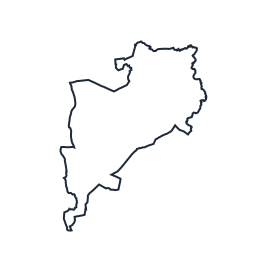 Matkules pag., Kandavas, Latvia, rotated 340°
{"feature_id": "27541924B52205717280809", "entity_name": "Matkules pag.", "entity_type": "district", "adm_level": 2, "iso_a3": "LVA", "parent_name": "Latvia", "parent_adm1": "Kandavas", "projection": "mercator", "projection_center": [22.582, 56.979], "detail": "fine", "context": "isolated", "style": "outline", "palette": "slate", "viewbox_px": 256, "rotation_deg": 340, "n_neighbors": 0, "source": "geoboundaries", "source_scale": "gbopen_adm2", "svg_char_len": 5587}
<svg xmlns="http://www.w3.org/2000/svg" viewBox="0 0 256 256"><g transform="rotate(340 128 128)"><path d="M197.6,68.1L194.1,67.9L192.4,67.2L191.7,66.8L190.5,66.5L189.2,65.9L184.2,64.4L182.6,64.2L181.5,64.5L180.8,64.9L180.1,65.0L178.5,64.5L177.9,63.7L177.5,62.6L176.6,61.8L175.5,61.2L175.3,60.8L175.2,60.4L175.3,60.2L175.7,60.0L176.7,59.9L176.9,59.7L176.5,58.6L174.4,57.3L173.0,55.7L172.8,55.4L172.4,54.1L172.2,53.8L170.6,52.9L170.2,51.4L169.7,51.1L169.1,51.3L166.2,51.1L163.7,52.3L163.4,52.4L163.0,52.2L162.8,52.7L163.3,53.4L162.7,53.8L161.8,55.0L158.2,60.1L157.1,61.9L151.9,62.3L151.9,62.2L151.0,62.2L148.1,62.7L148.0,61.1L143.6,60.2L139.5,59.2L139.3,59.8L138.1,63.7L138.7,64.2L138.0,65.0L137.4,67.0L137.4,67.8L138.7,70.5L139.0,70.6L141.1,70.4L143.3,70.6L145.8,67.4L147.5,67.3L148.5,67.5L149.1,69.7L150.4,69.7L150.3,72.0L151.6,72.6L151.1,74.6L149.0,75.0L148.9,76.3L147.7,77.7L145.9,79.3L145.0,81.4L144.9,83.1L145.3,84.4L141.7,87.2L135.2,87.9L133.1,88.0L129.4,88.6L128.3,88.8L127.3,88.8L125.0,86.7L119.3,81.0L117.5,79.6L112.3,74.2L107.2,69.3L95.5,66.4L95.4,66.5L91.5,66.3L88.9,65.6L88.9,67.1L89.2,68.9L88.6,71.7L88.3,72.8L88.6,75.2L88.3,81.0L87.3,85.9L86.9,86.9L86.2,88.5L85.1,89.9L81.9,91.7L80.9,92.6L80.1,93.6L79.6,94.6L76.7,98.6L75.6,101.0L74.0,103.9L72.8,106.6L72.9,107.3L73.7,108.3L73.7,110.7L73.6,111.4L72.1,114.8L71.5,116.5L70.6,121.0L70.5,123.0L70.9,125.8L70.8,127.8L69.8,126.9L66.7,126.1L63.3,124.9L61.0,123.8L58.8,123.1L57.4,125.0L56.6,126.9L56.6,129.7L57.2,131.3L58.1,135.2L57.5,137.0L56.5,143.0L55.4,147.9L55.1,147.8L54.2,150.1L53.9,151.8L52.7,152.8L50.7,153.0L51.4,154.7L51.5,155.2L51.3,156.8L50.7,158.4L50.0,161.7L50.0,164.2L49.5,166.5L49.6,167.8L49.9,168.6L50.1,168.8L50.7,169.1L51.6,169.2L52.2,169.7L53.4,171.7L54.3,171.7L54.9,172.0L55.1,173.0L54.8,173.7L54.8,174.0L55.2,176.8L55.3,176.8L55.1,177.5L54.8,179.8L54.7,180.4L53.9,181.2L53.8,181.7L53.3,182.3L52.8,183.2L52.3,184.8L50.7,184.9L50.4,185.6L49.2,186.3L47.6,185.2L46.0,184.8L45.3,183.8L44.4,184.6L42.6,185.4L39.3,185.5L36.7,191.2L36.7,191.6L36.6,196.7L36.7,200.6L36.1,202.3L36.1,202.6L36.5,203.5L38.2,204.5L39.9,204.9L39.6,200.6L42.0,200.3L44.8,198.7L46.6,196.7L47.4,193.2L55.2,194.5L57.4,194.8L60.0,190.5L60.3,189.6L60.8,190.0L61.7,186.2L62.1,185.1L64.5,183.9L66.3,180.1L66.9,178.4L67.4,177.6L69.6,176.1L72.9,175.0L81.5,171.2L86.4,177.0L86.5,176.9L89.5,178.0L90.6,180.0L93.4,181.1L94.7,182.0L97.9,182.6L101.8,176.4L103.6,173.2L103.5,172.9L100.8,170.2L96.5,166.2L103.5,165.2L109.0,162.3L122.6,154.1L126.6,152.2L126.8,152.3L128.4,151.7L129.0,150.9L129.2,151.0L129.5,150.8L130.8,150.9L131.5,150.7L133.5,151.3L135.2,151.2L136.6,151.8L141.6,151.5L146.5,151.7L150.1,148.1L151.5,148.0L154.2,147.4L159.1,146.7L162.6,146.7L167.5,145.8L168.8,145.0L173.2,141.6L173.9,143.5L175.8,147.4L176.2,147.9L177.6,148.8L179.6,150.7L181.2,153.2L182.2,154.6L183.9,153.3L184.9,152.8L186.5,152.3L186.6,152.0L186.4,151.3L186.5,151.0L186.7,150.7L186.9,150.5L186.9,150.2L187.2,150.0L187.4,149.3L187.8,149.3L188.1,149.1L188.2,148.7L187.9,148.0L186.9,146.9L185.9,146.1L185.2,144.8L184.8,144.2L184.6,143.8L184.8,143.4L184.6,142.6L185.1,141.8L185.4,141.6L185.9,141.9L186.8,140.7L186.7,140.0L186.9,139.6L187.8,139.2L190.2,139.5L190.6,139.4L191.4,139.6L191.5,139.2L191.9,138.7L192.4,138.7L192.8,138.4L193.5,137.0L193.6,136.6L193.7,136.4L194.7,136.2L195.2,136.0L196.3,136.9L196.6,136.9L196.9,137.2L196.9,137.3L198.0,137.4L199.1,137.2L200.7,135.8L201.0,135.4L201.3,135.3L201.9,134.7L202.4,134.5L202.9,133.7L203.0,133.5L203.3,132.9L203.8,131.7L204.3,131.4L204.6,131.4L204.9,131.2L205.0,130.9L205.1,130.5L205.0,129.8L205.1,129.5L205.9,129.1L205.9,128.9L205.4,127.6L205.4,127.2L205.5,127.1L205.8,127.0L206.4,127.2L207.1,127.2L208.2,127.6L208.7,127.9L208.7,128.1L208.4,128.3L208.5,128.6L208.8,128.5L209.3,128.6L209.5,128.7L211.0,127.8L211.4,127.0L211.4,126.7L212.0,126.3L212.0,126.0L211.5,125.7L211.6,125.2L212.4,125.0L212.5,124.8L212.4,123.8L212.4,122.8L212.2,122.5L212.3,121.8L212.6,121.5L212.8,121.0L212.0,118.0L211.1,116.7L210.5,116.5L210.7,115.5L210.9,114.8L211.6,114.2L211.6,113.9L211.5,112.8L211.7,111.9L211.7,111.7L212.4,111.0L212.5,110.8L211.8,110.1L212.1,109.4L212.1,108.9L212.4,108.4L212.4,108.2L212.0,107.8L212.0,107.6L212.0,107.2L212.2,106.8L212.0,106.4L211.7,106.2L209.7,105.9L208.4,105.4L207.8,104.9L207.1,104.0L206.9,103.2L206.9,102.7L207.1,101.9L208.1,100.6L209.6,99.6L210.2,99.3L210.5,98.6L210.5,98.0L210.9,97.2L210.9,96.7L210.7,96.5L210.8,95.9L210.7,95.5L210.6,95.2L210.1,94.9L209.3,95.0L209.1,94.9L208.8,94.3L208.2,93.7L208.2,93.4L209.1,92.2L210.5,91.1L210.6,90.7L210.5,90.3L210.4,89.7L210.4,89.4L210.6,89.2L211.2,88.9L211.6,88.9L212.1,89.3L212.5,89.3L213.0,88.6L213.4,88.2L214.0,88.2L214.5,88.0L214.8,87.3L214.9,86.2L214.1,83.6L213.5,82.6L213.5,82.0L214.3,81.6L215.5,81.5L216.3,80.7L218.5,79.2L219.5,77.9L219.9,76.8L219.9,76.1L218.7,75.6L217.9,74.9L217.8,74.6L217.5,74.4L216.4,74.5L216.1,74.0L216.1,73.7L215.7,73.2L215.8,72.6L215.7,72.1L215.6,71.9L215.2,71.7L214.6,71.7L214.3,72.0L214.1,72.8L213.9,72.8L213.6,72.7L213.3,72.0L213.1,71.8L212.6,71.7L212.4,71.8L212.3,72.1L212.4,72.4L212.4,72.6L211.1,72.9L210.8,73.3L210.3,73.5L209.5,73.2L209.3,72.7L208.8,72.4L207.6,72.7L206.7,72.6L206.4,72.9L206.1,73.0L205.4,72.8L205.2,72.5L205.0,72.4L204.6,72.8L204.2,72.7L203.7,73.1L203.4,72.9L203.4,72.6L203.2,72.5L202.8,72.9L202.7,72.8L202.6,72.4L202.8,72.2L202.8,71.9L202.6,71.3L202.3,71.6L201.8,71.8L201.6,71.7L201.6,71.3L201.4,71.2L201.1,71.7L200.6,71.9L200.3,71.3L200.2,71.1L199.6,71.0L199.1,70.6L198.8,70.6L198.6,70.4L198.1,69.5L198.0,69.0L198.1,68.7L197.6,68.5L197.5,68.3L197.6,68.1Z" fill="none" stroke="#1e293b" stroke-width="2"/></g></svg>